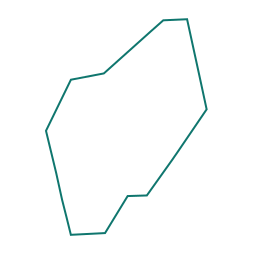 outline of Demerval Lobão, Piauí, Brazil, rotated 168°
{"feature_id": "56859067B93214732609639", "entity_name": "Demerval Lobão", "entity_type": "district", "adm_level": 2, "iso_a3": "BRA", "parent_name": "Brazil", "parent_adm1": "Piauí", "projection": "orthographic", "projection_center": [-42.666, -5.337], "detail": "fine", "context": "isolated", "style": "outline", "palette": "teal", "viewbox_px": 256, "rotation_deg": 168, "n_neighbors": 0, "source": "geoboundaries", "source_scale": "gbopen_adm2", "svg_char_len": 386}
<svg xmlns="http://www.w3.org/2000/svg" viewBox="0 0 256 256"><g transform="rotate(168 128 128)"><path d="M206.1,35.4L175.5,30.5L172.3,30.0L142.5,61.5L123.6,58.1L90.9,88.1L88.5,90.4L85.3,93.4L47.2,129.9L47.3,164.6L47.6,222.1L71.1,226.0L85.6,217.8L140.3,186.4L173.8,187.1L208.8,142.3L207.6,99.0L207.4,71.6L206.7,53.8L206.1,35.4Z" fill="none" stroke="#0f766e" stroke-width="2"/></g></svg>